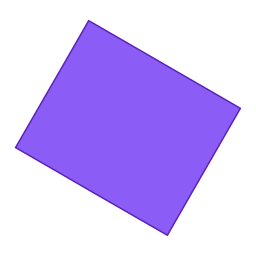 outline of Waseca, Minnesota, United States of America, rotated 120°
{"feature_id": "52423323B56333965571995", "entity_name": "Waseca", "entity_type": "district", "adm_level": 2, "iso_a3": "USA", "parent_name": "United States of America", "parent_adm1": "Minnesota", "projection": "robinson", "projection_center": [-93.527, 44.022], "detail": "fine", "context": "isolated", "style": "filled", "palette": "violet", "viewbox_px": 256, "rotation_deg": 120, "n_neighbors": 0, "source": "geoboundaries", "source_scale": "gbopen_adm2", "svg_char_len": 284}
<svg xmlns="http://www.w3.org/2000/svg" viewBox="0 0 256 256"><g transform="rotate(120 128 128)"><path d="M201.2,40.3L153.1,40.4L152.4,40.4L54.8,40.5L54.7,215.7L103.2,215.6L201.2,215.6L201.2,171.8L201.3,128.2L201.2,40.3Z" fill="#8b5cf6" stroke="#5b21b6" stroke-width="1.5"/></g></svg>